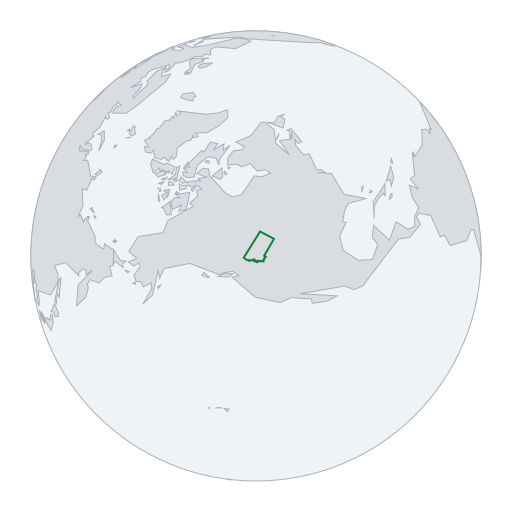 globe centered on Montana, rotated 304°
{"feature_id": "USA-3515", "entity_name": "Montana", "entity_type": "State", "adm_level": 1, "iso_a3": "USA", "parent_name": "United States of America", "parent_adm1": "", "projection": "orthographic", "projection_center": [-112.826, 46.685], "detail": "fine", "context": "on_globe", "style": "outline", "palette": "green", "viewbox_px": 512, "rotation_deg": 304, "n_neighbors": 0, "source": "natural_earth", "source_scale": "10m", "svg_char_len": 11425}
<svg xmlns="http://www.w3.org/2000/svg" viewBox="0 0 512 512"><g transform="rotate(304 256 256)"><circle cx="256" cy="256" r="225" fill="#eef3f6" stroke="#a8b0b8"/><path d="M56.5,359.9L57.0,361.1L56.5,359.9ZM372.9,448.6L381.7,442.7L399.7,421.7L398.1,419.5L386.6,422.0L373.3,411.4L378.7,400.4L375.0,398.0L387.2,378.4L382.7,367.1L378.1,367.4L374.2,374.6L357.3,373.0L349.8,364.6L290.7,361.1L283.0,356.1L280.6,346.2L249.5,313.8L268.3,345.6L258.3,340.2L248.2,329.1L251.4,326.0L241.3,308.7L230.8,301.9L221.5,278.5L225.1,247.8L230.0,252.8L230.3,245.3L224.2,238.7L220.1,236.4L212.9,205.4L194.2,186.9L183.5,188.7L189.7,182.7L166.0,192.0L152.7,189.1L170.7,187.8L174.9,184.3L167.4,179.7L170.1,175.2L168.0,170.6L171.8,165.7L182.1,165.9L184.7,162.9L179.3,160.0L179.7,153.6L187.3,158.4L188.8,147.9L206.2,147.4L223.4,165.9L236.1,163.1L262.0,176.2L262.7,171.5L272.9,174.2L277.5,169.9L281.0,174.0L281.7,167.2L277.6,164.3L276.5,160.4L278.9,157.7L283.7,162.3L283.3,164.3L285.9,164.4L287.3,167.9L288.0,164.7L293.6,170.9L291.5,161.0L299.0,162.8L301.7,168.0L296.8,172.3L290.9,196.5L292.2,203.9L298.9,209.7L321.4,209.8L324.8,216.4L332.7,221.7L333.0,215.7L327.0,209.4L329.5,199.9L321.8,193.9L321.7,189.4L315.6,181.7L321.6,177.9L330.7,178.5L336.0,184.9L340.2,185.5L339.2,175.7L353.1,184.5L369.1,185.4L372.1,188.5L370.7,200.6L360.4,209.5L358.6,227.0L364.9,210.9L372.4,219.7L375.8,219.4L378.4,216.4L377.6,211.3L381.2,213.6L376.3,229.9L372.9,228.0L374.5,222.7L369.7,227.2L366.5,239.1L370.5,243.1L361.3,258.3L364.1,261.5L363.7,266.9L359.9,260.6L366.6,272.5L356.4,294.6L365.4,315.3L351.0,303.0L342.5,304.4L332.8,308.6L334.2,312.0L319.6,314.0L309.3,325.2L309.7,343.4L318.1,354.5L333.8,350.4L336.6,341.9L347.1,336.5L343.8,357.8L362.7,353.0L363.2,366.9L369.3,371.2L377.8,365.3L386.9,363.9L391.9,353.2L400.5,343.4L402.3,353.5L405.9,340.8L411.6,342.4L427.9,328.7L427.1,332.1L441.0,331.8L453.5,322.7L456.4,326.1L455.1,332.0L458.8,328.0L458.8,330.6L471.0,312.0L475.0,305.8L473.4,314.7L467.1,334.5L465.1,339.9L458.5,354.6L451.0,368.9L442.4,382.5L432.9,395.5L422.5,407.8L411.2,419.3L399.1,430.0L386.3,439.7L372.9,448.6ZM111.0,319.6L111.8,314.9L114.0,319.2L111.0,319.6ZM110.5,311.0L110.6,312.8L110.1,311.1L110.5,311.0ZM109.0,309.2L110.1,310.5L108.7,309.4L109.0,309.2ZM106.8,307.2L108.1,308.1L107.9,308.2L106.8,307.2ZM366.4,322.9L388.0,322.5L377.7,329.7L379.3,326.8L373.5,325.3L363.2,326.2L353.7,332.8L366.4,322.9ZM104.0,302.8L103.4,301.6L104.6,301.9L104.0,302.8ZM371.6,306.9L368.0,307.9L371.2,306.1L371.6,306.9ZM217.8,236.2L223.8,239.2L228.3,246.9L223.1,244.9L217.8,236.2ZM209.6,221.8L213.2,221.7L212.5,229.3L210.7,227.0L209.6,221.8ZM175.2,191.4L179.5,193.5L174.4,193.1L175.2,191.4ZM167.0,170.8L164.9,171.8L164.7,169.0L167.0,170.8ZM312.7,184.4L314.2,183.1L314.6,185.2L312.7,184.4ZM308.8,182.4L308.2,185.8L306.2,185.4L306.6,183.3L308.8,182.4ZM170.4,159.2L170.8,154.8L172.2,159.3L170.4,159.2ZM309.9,178.5L302.8,184.2L299.4,183.5L297.9,175.1L309.9,178.5ZM172.1,152.2L172.8,141.8L168.2,142.9L181.5,134.6L176.5,145.8L179.0,151.1L175.1,149.8L172.1,152.2ZM275.3,164.5L279.7,167.5L273.9,167.5L275.3,164.5ZM271.8,165.6L255.3,172.2L249.9,166.8L256.5,165.5L247.8,160.9L253.3,155.0L259.3,156.2L261.7,160.7L262.0,155.1L271.8,165.6ZM188.7,131.9L190.4,129.6L190.6,132.1L188.7,131.9ZM275.7,158.9L272.8,160.5L267.9,155.9L272.8,151.8L272.8,154.6L275.7,158.9ZM242.9,162.7L240.1,158.8L243.8,152.9L243.2,150.6L253.0,154.4L242.9,162.7ZM275.1,154.3L275.4,149.9L279.8,149.7L278.1,157.0L275.1,154.3ZM264.7,156.6L262.6,154.3L265.3,154.2L264.7,156.6ZM295.6,147.2L292.3,149.0L289.5,146.7L295.6,147.2ZM275.2,148.3L273.6,148.4L272.2,147.7L273.2,144.9L275.2,148.3ZM254.9,150.1L257.0,148.6L251.1,148.2L253.6,144.0L259.7,147.4L258.1,144.2L258.9,142.9L263.0,147.2L254.9,150.1ZM269.9,140.3L278.4,143.6L285.2,140.6L287.9,142.5L276.5,147.0L269.9,140.3ZM265.5,143.9L268.8,142.1L270.5,145.2L269.2,148.4L265.5,143.9ZM253.2,140.0L247.7,145.6L246.6,144.7L253.2,140.0ZM271.5,138.8L269.4,138.1L271.8,138.2L271.5,138.8ZM258.4,138.9L256.7,140.9L255.4,139.8L258.4,138.9ZM266.7,135.0L269.4,136.0L268.7,138.2L266.7,135.0ZM262.6,136.3L261.3,134.3L266.7,138.3L262.0,137.3L262.6,136.3ZM257.5,137.5L256.2,137.5L258.5,136.8L257.5,137.5ZM267.9,126.6L274.9,131.1L273.3,135.7L266.7,130.6L267.9,126.6ZM475.4,205.0L473.0,202.3L468.7,189.8L464.0,182.9L430.9,127.0L428.3,119.7L407.3,92.5L405.5,90.1L412.7,95.5L403.9,86.1L416.8,98.2L428.6,111.2L439.4,125.2L449.1,139.9L457.5,155.4L464.8,171.4L470.8,188.0L475.4,205.0ZM366.6,59.7L371.0,62.3L370.1,62.3L348.8,51.2L328.9,42.9L327.9,42.7L336.5,46.8L327.9,44.3L339.0,48.5L337.5,47.2L344.4,50.0L346.2,51.4L343.1,50.3L347.9,53.1L361.5,58.3L361.4,57.6L376.6,67.0L377.9,66.9L383.5,70.5L383.3,72.1L380.2,70.7L383.3,78.1L387.9,80.2L385.3,73.6L387.9,76.1L394.1,79.7L391.4,78.9L393.0,86.3L404.0,98.1L425.0,117.3L430.0,125.5L430.9,131.7L416.2,122.7L406.8,105.5L401.4,102.8L397.3,106.1L394.8,100.8L391.9,100.3L387.8,94.4L376.0,86.9L370.8,81.6L360.5,79.9L356.4,77.1L363.7,78.8L366.1,77.4L352.6,65.9L348.4,64.0L342.7,64.0L339.7,61.2L335.9,62.7L325.4,57.6L335.1,65.4L328.6,66.4L319.2,64.4L318.8,66.3L334.2,69.7L338.8,69.9L340.0,67.8L354.0,70.6L359.9,74.4L351.8,77.3L359.2,83.4L349.6,83.6L313.8,73.1L301.7,68.6L294.0,56.8L300.1,56.4L306.0,60.2L305.9,54.8L303.3,56.1L300.9,54.0L294.1,55.0L292.0,53.6L289.1,57.3L285.8,55.7L287.7,53.4L274.9,54.4L266.5,52.2L264.6,53.2L265.0,54.8L254.0,51.5L253.1,52.4L256.3,53.8L256.6,56.6L252.8,60.4L249.3,59.0L250.1,57.4L246.6,52.4L249.5,48.8L247.7,48.7L244.3,51.5L248.6,57.6L247.3,60.4L244.4,57.5L245.4,58.7L243.6,59.7L238.5,59.5L241.4,62.8L227.0,77.2L215.7,78.8L214.7,74.2L200.9,84.4L189.3,86.5L192.3,87.6L187.7,94.0L191.3,93.4L192.4,94.4L182.2,111.7L177.0,115.1L176.1,124.8L177.6,125.6L181.4,123.5L181.5,134.6L168.2,142.9L165.4,140.7L159.0,147.8L153.4,142.1L145.9,141.0L143.6,131.5L137.9,131.9L136.0,134.7L126.8,137.8L114.3,135.2L132.6,124.8L153.0,128.5L145.4,125.6L149.5,122.7L148.3,119.6L142.7,118.2L140.5,120.2L144.0,101.7L135.4,94.3L130.1,102.2L123.3,106.5L108.8,107.5L105.5,94.8L96.3,102.4L93.4,104.0L96.1,99.7L100.5,97.1L106.4,91.4L108.5,90.9L114.4,83.8L117.5,82.8L120.6,78.2L115.6,81.4L109.2,87.7L110.5,84.8L99.5,94.3L95.0,98.4L106.9,87.1L119.6,76.7L132.9,67.3L147.0,58.9L161.6,51.5L176.7,45.1L192.2,39.9L208.1,35.9L224.2,33.0L240.5,31.3L256.9,30.7L273.2,31.4L289.5,33.2L305.6,36.3L321.4,40.4L336.9,45.8L352.0,52.2L366.6,59.7ZM447.3,146.3L449.5,148.7L447.3,146.3ZM299.8,35.0L302.7,35.8L294.7,34.3L293.6,34.5L298.3,35.5L312.1,38.2L308.1,36.8L299.8,35.0ZM428.4,328.2L430.5,328.5L428.1,330.8L428.4,328.2ZM377.4,335.0L381.4,333.2L383.9,333.7L381.0,335.9L377.4,335.0ZM408.9,315.4L413.1,313.4L409.2,317.4L408.9,315.4ZM391.1,322.0L405.7,317.5L398.1,326.4L388.7,329.3L394.6,324.6L391.1,322.0ZM371.8,314.7L374.6,314.2L374.4,316.7L371.8,314.7ZM373.9,305.7L373.0,306.4L371.2,305.3L373.9,305.7ZM372.7,218.7L373.2,217.5L376.3,215.4L375.9,218.2L372.7,218.7ZM384.0,196.1L389.6,200.3L385.3,199.0L385.7,203.5L377.3,206.8L373.2,190.3L376.6,197.0L384.0,196.1ZM364.8,207.4L370.6,206.7L364.4,208.1L364.8,207.4ZM380.3,104.5L380.8,102.0L385.3,103.9L391.8,112.0L385.3,109.2L380.3,104.5ZM380.6,98.2L370.7,99.6L366.3,95.1L370.5,97.3L368.5,94.2L374.7,97.0L380.1,91.8L384.4,93.3L394.0,106.5L388.5,101.2L388.3,103.8L380.6,98.2ZM353.3,115.3L349.0,117.0L345.0,104.8L349.5,104.7L356.3,112.4L354.9,117.1L353.3,115.3ZM308.7,163.1L307.3,165.3L306.0,163.9L306.1,160.9L308.7,163.1ZM294.3,148.2L313.4,152.1L312.8,154.8L324.8,154.4L327.8,161.5L319.9,161.3L331.2,166.8L325.3,169.5L333.1,172.6L315.3,171.6L310.5,174.6L314.7,168.4L312.1,161.8L309.5,159.9L298.6,156.8L286.9,160.5L282.4,155.0L282.4,150.1L284.5,148.3L286.8,152.4L288.0,147.1L292.8,151.7L294.3,148.2ZM284.5,102.0L286.2,106.4L289.5,98.7L294.4,102.4L294.5,101.2L299.9,102.7L306.6,102.6L308.1,104.9L310.1,103.9L313.7,105.0L316.9,104.6L320.7,108.6L324.9,108.4L324.3,110.5L330.6,109.2L327.7,112.0L332.1,114.0L332.6,110.2L345.5,135.3L353.2,144.4L361.2,150.7L355.1,155.3L343.7,152.6L330.8,146.4L324.2,137.3L322.7,141.3L319.1,138.2L321.8,136.3L315.5,137.4L313.2,134.5L301.7,130.3L293.9,134.3L289.5,133.0L291.5,130.0L285.7,131.0L286.4,124.6L283.2,123.7L280.8,116.8L286.4,111.9L282.4,111.3L280.4,106.3L284.5,102.0ZM267.5,124.5L273.1,117.3L278.5,116.0L280.5,128.7L283.2,130.4L284.7,139.0L276.9,140.9L277.2,138.3L275.6,136.1L278.7,136.4L275.1,134.6L275.4,130.9L272.7,128.7L275.2,126.9L267.5,124.5ZM400.5,85.9L398.5,83.9L394.8,80.5L398.6,83.0L400.5,85.9ZM401.9,91.0L399.7,88.8L403.3,90.1L405.3,92.5L401.9,91.0ZM395.4,86.7L399.3,88.6L398.4,88.9L395.4,86.7ZM361.4,77.0L358.6,75.0L359.6,74.7L362.5,75.6L361.4,77.0ZM295.4,81.5L295.5,83.8L294.0,83.8L289.8,87.8L285.9,85.6L286.8,82.4L295.4,81.5ZM378.9,67.2L383.0,69.9L381.9,69.2L378.3,66.8L378.9,67.2ZM290.4,79.8L289.2,81.7L288.0,79.5L290.4,79.8ZM282.8,84.3L280.9,82.0L284.9,85.9L282.8,84.3ZM255.1,66.9L265.2,63.4L269.9,60.1L268.5,56.8L274.8,60.3L267.6,65.3L255.1,66.9ZM230.8,75.9L232.2,79.3L228.7,79.2L228.0,78.4L230.8,75.9ZM233.7,76.9L240.6,78.5L239.5,81.4L234.2,79.5L233.7,76.9ZM265.8,78.0L269.1,77.0L270.0,78.7L265.8,78.0ZM55.1,357.8L54.6,356.9L56.7,360.9L55.3,358.4L55.1,357.8ZM57.0,361.0L55.1,357.6L56.5,359.9L57.0,361.0ZM83.0,116.0L85.8,113.7L83.8,117.3L82.4,117.8L83.0,116.0ZM79.7,128.0L84.2,117.5L88.2,109.8L85.3,113.1L83.2,113.7L89.4,107.3L89.0,110.9L85.4,117.3L88.1,116.8L87.4,121.1L92.6,118.5L93.3,120.3L87.6,124.9L79.7,128.0ZM95.0,117.2L103.8,115.6L98.4,123.8L95.3,126.0L93.5,123.1L96.5,118.9L95.0,117.2ZM104.3,117.7L107.2,113.8L126.3,105.9L128.9,106.5L111.6,116.1L113.5,113.0L109.7,113.7L104.3,117.7ZM188.1,129.3L190.2,129.6L187.8,130.9L188.1,129.3ZM194.4,94.0L195.5,95.7L192.8,96.9L194.4,94.0ZM197.0,101.2L199.4,98.6L198.4,101.9L197.0,101.2ZM204.5,92.7L201.1,97.8L202.2,92.1L204.5,92.7Z" fill="#d9dde1" stroke="#a8b0b8" stroke-width="1"/><path d="M247.7,246.8L278.6,245.7L278.6,246.4L279.8,256.8L280.3,261.0L280.3,261.3L260.9,262.6L261.0,264.5L260.9,264.5L260.7,264.4L260.6,264.2L260.4,263.9L260.3,263.7L260.2,263.6L259.9,263.7L259.8,263.8L259.7,264.0L259.7,264.3L259.8,264.3L259.7,264.4L259.2,264.3L258.9,264.5L258.8,264.4L258.7,264.3L258.4,264.4L258.1,264.4L257.9,264.4L257.7,264.4L257.4,264.4L257.4,264.5L257.2,264.7L256.9,264.7L256.5,264.6L256.4,264.6L256.2,264.6L256.0,264.8L256.1,265.0L255.9,265.1L255.9,264.9L255.7,264.9L255.5,264.7L255.5,264.4L255.4,264.4L255.3,264.2L255.3,263.9L255.3,263.7L255.2,263.7L255.1,263.4L254.9,263.3L254.7,263.4L254.4,263.2L254.2,262.9L254.3,262.8L254.3,262.7L254.2,262.4L254.1,262.2L253.9,261.9L253.8,261.7L253.7,261.7L253.6,261.4L253.5,261.1L253.4,261.0L253.4,260.9L253.4,260.7L253.3,260.4L253.3,260.2L253.1,260.1L252.9,259.9L252.8,260.0L252.7,260.1L252.5,260.3L252.3,260.4L252.2,260.4L252.2,260.5L251.9,260.7L251.7,260.5L251.5,260.4L251.4,260.3L251.3,260.2L251.4,259.9L251.4,259.7L251.3,259.4L251.5,259.2L251.7,258.9L251.7,258.7L251.5,258.4L251.6,258.2L251.4,258.1L251.5,258.0L251.6,257.9L251.6,257.7L251.6,257.4L251.7,257.2L251.8,256.9L251.8,256.7L251.7,256.7L251.8,256.7L251.9,256.4L251.9,256.2L252.0,256.2L251.9,256.0L251.7,256.0L251.4,256.1L251.2,256.1L251.1,255.9L251.1,255.7L250.9,255.7L250.8,255.8L250.8,255.7L250.7,255.6L250.5,255.4L250.4,255.3L250.4,255.2L250.3,254.9L250.2,254.8L250.1,254.7L249.8,254.3L249.7,254.2L249.5,253.9L249.4,253.9L249.4,253.7L249.1,253.5L248.9,253.5L248.9,253.4L248.8,253.2L248.7,253.1L248.4,252.9L248.5,252.8L248.5,252.7L248.4,252.7L248.3,252.4L248.4,252.2L248.4,251.9L248.2,251.8L248.2,251.7L248.0,251.3L247.9,251.2L247.7,250.9L247.6,250.7L247.7,246.8Z" fill="none" stroke="#15803d" stroke-width="2"/></g></svg>